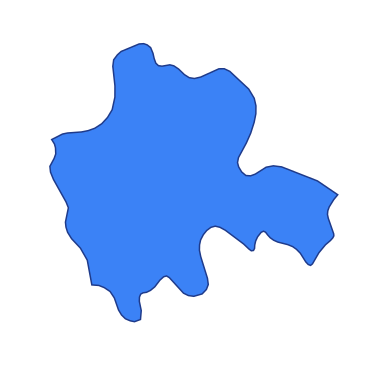 Yên Bái, Natural Earth projection, rotated 190°
{"feature_id": "VNM-458", "entity_name": "Yên Bái", "entity_type": "Province", "adm_level": 1, "iso_a3": "VNM", "parent_name": "Vietnam", "parent_adm1": "", "projection": "natural_earth1", "projection_center": [104.512, 21.797], "detail": "fine", "context": "isolated", "style": "filled", "palette": "blue", "viewbox_px": 384, "rotation_deg": 190, "n_neighbors": 0, "source": "natural_earth", "source_scale": "10m", "svg_char_len": 1839}
<svg xmlns="http://www.w3.org/2000/svg" viewBox="0 0 384 384"><g transform="rotate(190 192 192)"><path d="M274.5,83.1L283.3,106.7L292.2,117.4L302.5,125.1L307.5,130.7L310.0,135.5L311.4,140.3L311.0,155.0L314.3,160.3L330.6,180.3L334.8,187.0L336.4,192.6L333.6,201.1L332.8,205.8L334.1,211.8L335.8,215.4L339.3,219.3L329.6,226.6L324.8,228.5L311.4,231.9L304.9,234.4L298.8,237.9L292.7,243.6L288.1,250.8L284.9,259.2L284.4,272.1L286.3,283.1L291.8,302.0L292.1,308.6L289.3,314.1L286.2,318.1L269.8,328.6L265.3,329.7L261.7,329.1L257.8,327.0L254.5,321.8L252.5,317.0L250.0,312.6L247.0,310.6L243.4,310.7L235.9,313.4L231.8,313.1L226.6,310.8L219.9,306.3L214.6,304.1L209.3,304.2L203.4,306.7L186.9,318.0L181.7,319.0L175.8,317.4L154.0,303.2L147.0,295.1L144.0,288.0L142.7,280.1L142.9,271.4L144.4,260.2L147.0,249.7L152.2,234.0L152.3,228.9L150.4,224.8L146.6,220.4L141.8,217.6L137.1,218.1L132.8,220.6L123.3,229.3L116.4,231.9L108.1,232.3L70.4,224.7L48.0,214.6L51.1,209.1L54.3,201.1L55.0,197.1L54.7,193.4L53.2,189.7L45.2,175.4L44.7,173.4L45.4,171.2L47.2,168.3L51.4,163.2L56.5,154.2L60.9,142.1L62.5,140.3L65.0,140.8L67.8,142.9L74.7,150.5L79.2,153.7L83.4,155.7L88.5,156.8L98.9,157.6L103.2,158.7L107.0,160.5L110.1,162.9L112.6,165.2L114.8,165.8L116.9,164.3L119.6,159.3L120.8,154.8L121.0,150.7L120.6,147.3L121.3,145.1L123.4,144.4L126.0,145.7L132.2,149.8L152.5,160.1L158.4,162.1L163.2,162.4L167.2,160.5L170.8,156.7L173.4,152.0L175.2,146.3L175.4,141.3L174.6,136.0L172.2,129.9L161.8,109.7L159.9,103.7L160.9,98.5L164.3,93.4L172.1,89.6L177.6,89.4L182.8,90.9L199.4,103.7L202.5,104.9L205.2,103.6L208.3,99.6L212.2,92.1L215.8,87.9L219.4,85.3L222.7,84.2L224.8,82.5L225.5,79.4L224.9,75.2L221.4,66.4L220.6,57.5L226.1,54.3L230.4,54.4L235.6,55.6L240.1,58.7L243.9,63.1L250.1,74.2L255.4,79.8L261.8,82.6L267.5,83.8L274.5,83.1Z" fill="#3b82f6" stroke="#1e3a8a" stroke-width="1.5"/></g></svg>